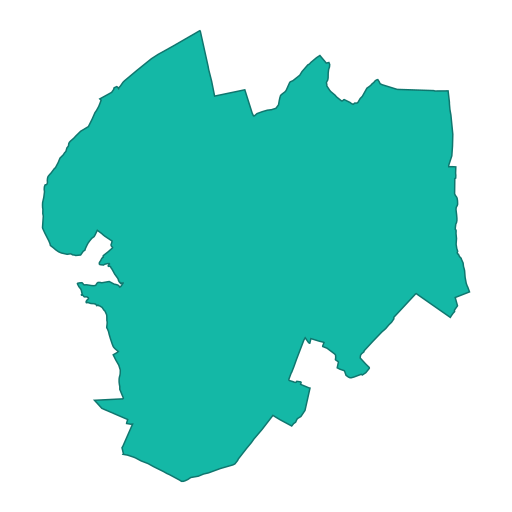 Mihai Bravu, Tulcea, Romania (Albers equal-area conic projection)
{"feature_id": "2599482B59610234858680", "entity_name": "Mihai Bravu", "entity_type": "district", "adm_level": 2, "iso_a3": "ROU", "parent_name": "Romania", "parent_adm1": "Tulcea", "projection": "albers", "projection_center": [28.649, 44.954], "detail": "fine", "context": "isolated", "style": "filled", "palette": "teal", "viewbox_px": 512, "rotation_deg": 0, "n_neighbors": 0, "source": "geoboundaries", "source_scale": "gbopen_adm2", "svg_char_len": 5854}
<svg xmlns="http://www.w3.org/2000/svg" viewBox="0 0 512 512"><path d="M469.5,291.9L467.8,287.2L467.1,285.8L466.2,283.2L465.1,277.3L464.6,270.7L464.3,269.3L463.5,266.5L463.1,263.0L461.6,259.7L461.1,258.2L459.7,256.8L459.0,255.6L458.5,254.3L458.0,254.2L457.2,252.9L457.2,252.6L457.7,251.3L456.8,248.7L456.1,244.2L456.5,238.5L456.0,233.6L456.1,230.7L455.9,229.9L455.3,229.4L455.3,227.9L455.8,224.0L456.5,222.6L456.9,220.5L456.9,218.2L456.6,214.7L456.0,209.6L456.2,207.4L457.2,205.6L457.6,204.4L457.6,203.2L457.5,200.6L457.1,198.2L456.6,197.1L455.3,195.3L454.6,193.7L454.8,178.6L455.7,178.1L455.8,175.3L455.6,173.2L455.8,166.9L452.8,166.7L448.7,166.7L448.7,165.3L451.8,155.9L452.5,146.0L452.8,134.3L450.9,115.1L449.9,109.4L449.4,103.6L449.4,102.2L448.1,90.9L434.8,91.0L433.8,90.6L397.2,89.4L382.1,84.7L380.1,83.7L379.1,81.6L377.8,79.6L377.1,79.7L375.6,80.5L374.9,81.1L373.9,82.4L372.0,83.9L371.0,85.1L369.6,86.3L366.9,88.2L362.3,96.4L360.2,98.5L357.8,102.6L356.8,103.1L354.6,103.1L353.3,104.3L353.0,104.3L351.2,103.4L350.1,102.5L344.2,99.6L343.8,99.7L342.6,100.8L341.7,100.9L341.1,100.6L336.4,96.8L335.2,95.3L330.8,91.6L329.6,90.2L326.8,85.9L326.8,84.5L326.4,82.8L326.7,81.8L327.6,80.3L327.8,79.6L328.1,77.9L328.2,73.0L328.6,69.6L329.5,66.9L329.7,64.5L328.9,62.5L326.3,63.1L319.9,55.5L316.5,57.7L310.9,62.4L309.5,64.0L307.8,64.9L302.0,71.6L299.8,75.2L292.9,80.7L290.3,81.8L289.6,82.7L286.1,90.5L284.8,92.0L282.0,94.1L280.6,95.4L279.8,98.0L279.3,100.4L278.5,104.9L275.9,108.3L271.5,109.7L267.3,110.2L262.2,111.7L257.0,113.6L254.5,115.8L253.5,115.9L252.2,113.2L244.8,89.8L214.6,96.1L211.6,81.1L208.7,69.7L208.1,66.4L200.3,31.2L199.9,30.7L199.4,30.9L171.8,46.8L158.1,54.4L151.3,58.8L136.8,70.5L124.5,80.8L123.0,82.3L120.3,86.2L118.8,87.8L118.6,88.5L117.5,87.1L116.7,86.6L114.1,87.8L113.6,89.6L111.6,92.4L99.8,98.9L101.1,100.2L100.0,103.3L98.7,106.5L96.5,110.5L95.0,112.6L92.2,119.0L88.4,126.6L80.7,131.2L76.0,135.8L73.9,138.1L70.7,140.9L69.4,142.3L68.8,143.5L68.4,146.1L66.9,147.9L65.9,151.4L64.5,152.9L63.4,154.7L60.0,158.1L58.2,162.5L55.4,167.8L54.5,168.4L50.6,173.6L49.9,174.2L48.3,176.2L47.8,177.1L47.5,178.4L47.3,180.3L47.4,181.8L47.4,182.9L47.1,183.8L46.4,184.7L45.2,184.8L44.5,186.4L44.3,187.5L44.2,189.4L44.5,191.8L43.8,197.2L42.6,202.7L42.5,205.0L42.6,207.7L42.9,209.2L42.8,213.6L43.3,216.1L42.5,227.5L42.7,228.4L44.9,233.2L48.8,240.8L50.0,243.7L50.4,245.5L53.4,247.8L55.7,249.8L58.6,251.8L61.4,253.0L67.2,254.3L70.4,253.8L71.7,254.2L72.4,254.8L74.7,255.1L75.7,255.5L80.6,255.0L83.3,251.2L84.9,250.2L85.4,248.5L87.0,245.1L88.0,243.2L89.8,240.7L91.8,238.3L94.1,236.6L95.1,234.9L97.3,230.3L101.8,233.6L102.6,234.4L104.7,236.1L112.0,241.0L111.9,242.2L111.0,244.9L111.3,245.9L112.5,247.3L112.6,247.7L112.2,248.2L108.0,251.9L103.3,255.6L103.1,256.2L103.3,257.2L102.3,257.8L101.2,259.4L100.9,260.3L99.6,262.2L99.3,262.9L99.3,264.0L99.9,264.6L102.0,264.9L102.5,264.8L103.2,265.1L104.9,264.2L107.3,263.6L109.2,263.5L109.5,263.9L109.4,264.3L108.4,265.3L108.2,265.7L108.3,266.2L108.6,266.4L110.2,266.4L110.5,266.6L111.0,267.8L112.1,269.3L114.7,274.1L117.9,278.5L118.4,279.8L118.5,280.5L118.9,281.2L119.5,282.2L119.9,282.3L120.1,282.9L120.6,283.4L120.8,283.1L121.0,282.9L121.5,283.4L122.0,283.3L122.4,283.8L122.6,283.1L123.0,282.9L123.1,283.1L120.8,286.5L119.8,287.1L118.9,285.9L117.9,285.1L115.7,284.4L114.5,284.3L109.2,281.5L101.7,282.8L100.0,282.4L98.1,282.4L97.1,283.1L95.6,285.4L93.9,285.7L91.8,285.6L86.6,284.8L84.2,284.9L83.7,284.6L82.3,282.9L81.7,282.7L79.3,282.9L77.6,283.3L77.4,283.6L77.7,284.4L78.9,286.7L80.8,289.1L81.3,290.3L82.2,294.2L81.4,294.7L81.4,294.9L81.6,295.2L82.7,295.1L84.1,296.7L84.6,296.9L86.7,296.8L88.3,297.7L88.4,298.0L88.5,298.5L88.3,298.9L87.0,300.1L86.2,301.3L86.1,302.1L86.3,302.6L86.9,302.8L87.5,302.4L90.9,303.5L94.2,303.7L94.8,304.0L95.5,304.0L96.9,305.7L97.7,305.1L98.1,305.1L98.5,305.6L99.7,305.9L102.1,307.4L104.0,310.2L105.0,311.1L106.6,314.7L106.8,316.0L106.9,320.7L107.2,321.9L107.1,324.0L106.7,327.4L106.8,327.9L107.3,328.6L108.5,331.5L109.2,334.5L110.5,338.9L112.2,344.0L113.2,346.5L113.9,347.5L115.1,348.8L118.3,351.5L117.2,352.5L113.2,354.8L115.8,360.0L118.8,365.2L120.3,370.0L120.2,373.6L119.9,375.4L119.5,376.7L119.2,378.2L119.1,379.5L119.1,382.0L119.4,384.5L119.8,386.6L119.8,389.4L123.3,397.9L123.3,398.3L122.7,398.9L121.9,398.9L94.5,400.3L101.9,408.4L127.7,419.5L126.7,422.7L126.6,423.5L130.7,424.2L132.6,424.1L122.9,446.2L122.0,447.7L123.4,453.7L123.0,454.3L127.5,455.1L133.8,457.2L135.5,457.9L141.1,460.9L148.1,463.6L153.5,466.6L163.6,471.6L166.7,473.4L169.4,474.6L179.8,480.2L181.4,481.3L183.4,481.3L185.0,480.8L187.8,479.5L190.8,477.5L198.3,476.2L203.6,474.0L208.4,472.9L220.4,468.5L232.9,464.9L234.9,463.9L237.6,460.5L238.3,459.0L246.8,448.1L251.3,442.7L253.9,439.0L262.0,429.5L272.9,415.4L280.0,419.7L291.7,426.0L293.6,423.6L295.6,422.2L296.6,420.0L297.2,418.9L298.2,418.1L300.9,416.5L305.0,410.4L310.0,388.1L308.8,387.8L300.6,384.4L301.1,382.4L300.7,381.9L296.8,381.3L296.1,382.3L295.5,382.4L294.1,382.2L293.2,381.7L289.5,380.6L289.0,380.2L288.8,379.4L291.1,373.2L291.7,372.2L293.8,366.9L296.4,359.6L303.9,340.0L305.2,337.8L308.5,342.5L309.4,343.2L309.8,343.2L310.9,338.6L319.3,341.2L323.0,342.1L324.0,342.5L322.7,346.0L322.7,346.5L327.0,348.2L334.7,354.0L335.6,355.2L335.7,358.3L335.5,358.7L335.4,359.4L335.6,359.9L338.1,361.6L338.4,362.2L337.2,367.8L339.9,369.2L344.3,370.7L345.0,372.3L346.0,375.3L348.3,377.0L349.8,377.7L351.1,377.8L354.0,377.0L361.2,374.3L362.3,375.0L365.8,372.7L368.8,369.0L369.3,368.3L369.3,367.8L369.2,367.4L365.8,364.1L360.2,358.0L360.4,356.0L360.6,355.1L361.5,353.8L364.0,351.7L364.0,351.2L364.2,350.7L372.5,341.7L381.8,332.0L385.7,328.6L388.9,324.8L391.5,322.3L393.9,318.8L393.7,317.9L394.0,317.1L415.5,294.0L416.2,293.6L450.3,317.4L451.4,315.6L453.2,313.1L454.6,311.6L454.4,310.2L457.5,305.8L455.2,297.5L469.5,291.9Z" fill="#14b8a6" stroke="#0f766e" stroke-width="1.5"/></svg>